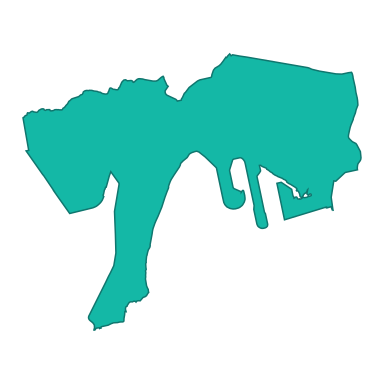 outline of Bayside (NSW), New South Wales, Australia
{"feature_id": "25037944B57870334231273", "entity_name": "Bayside (NSW)", "entity_type": "district", "adm_level": 2, "iso_a3": "AUS", "parent_name": "Australia", "parent_adm1": "New South Wales", "projection": "natural_earth1", "projection_center": [151.152, -33.963], "detail": "fine", "context": "isolated", "style": "filled", "palette": "teal", "viewbox_px": 384, "rotation_deg": 0, "n_neighbors": 0, "source": "geoboundaries", "source_scale": "gbopen_adm2", "svg_char_len": 5885}
<svg xmlns="http://www.w3.org/2000/svg" viewBox="0 0 384 384"><path d="M163.0,76.3L161.4,77.2L157.8,80.3L156.3,81.0L155.1,81.1L153.1,81.1L144.7,79.6L142.7,79.0L139.4,78.7L138.4,78.8L137.2,79.3L135.4,80.8L134.8,81.5L134.1,82.1L133.3,82.4L133.1,82.3L132.9,81.5L132.4,81.0L131.1,80.5L127.3,80.8L125.7,79.8L124.1,80.0L123.8,80.1L122.2,81.7L121.7,82.4L120.0,86.3L119.8,87.0L119.2,87.5L118.7,88.1L118.1,89.5L117.4,89.8L115.9,89.7L114.8,89.4L113.2,89.3L111.4,88.2L110.4,88.0L109.8,88.3L109.3,89.4L109.0,90.6L108.3,91.9L108.0,92.9L107.2,93.8L105.7,94.1L104.3,93.9L102.5,93.5L101.7,93.2L100.5,92.3L98.5,92.0L97.2,91.4L93.9,91.0L91.9,90.4L89.4,90.3L88.4,90.6L86.9,90.4L85.7,90.6L84.8,90.9L83.4,91.8L82.9,93.3L82.3,94.3L81.8,94.6L80.7,94.9L78.7,96.6L72.5,98.6L71.6,99.0L70.1,100.5L68.8,101.4L68.0,103.0L67.4,104.0L66.0,105.4L65.0,106.8L63.8,107.9L63.1,108.2L62.3,109.6L61.8,109.9L59.6,109.9L58.0,109.6L57.3,109.8L56.6,109.6L54.9,109.7L53.2,110.6L51.0,110.9L50.1,110.6L50.0,110.3L49.9,109.8L49.7,109.6L46.6,109.7L45.4,110.4L44.2,109.9L43.9,109.1L43.4,108.9L42.7,108.8L41.3,109.0L38.8,110.4L37.9,111.7L37.1,112.3L36.1,112.3L33.9,111.9L33.4,111.8L32.8,111.3L32.1,111.3L31.2,111.6L29.4,113.0L27.6,112.8L27.2,113.4L27.1,114.6L26.8,115.1L25.9,115.4L25.1,115.8L24.6,116.4L24.4,117.0L23.6,117.3L23.0,117.8L28.7,150.4L26.1,150.9L42.7,174.5L43.8,175.8L54.1,191.1L53.9,191.1L58.1,197.1L69.7,213.5L92.9,207.8L95.3,206.8L96.6,206.1L98.4,204.7L100.0,203.2L101.2,201.8L102.3,200.1L103.7,196.8L103.8,196.6L103.3,196.0L103.1,195.0L103.5,194.4L104.4,190.0L105.0,189.1L105.5,187.3L106.2,187.2L109.3,175.9L110.8,171.7L119.0,183.2L119.0,184.7L114.5,211.4L115.4,234.2L115.9,253.0L113.8,265.7L110.5,272.6L108.4,276.6L105.7,282.3L88.7,316.3L88.5,317.8L88.7,318.6L89.1,319.5L90.0,320.5L92.7,322.7L94.2,324.7L94.4,325.8L94.5,327.7L93.9,330.0L94.5,330.1L95.0,329.9L95.4,329.5L95.7,328.6L96.3,328.2L99.3,327.7L99.6,328.5L99.8,328.4L100.0,328.9L100.0,328.3L101.1,328.0L100.9,327.2L101.7,326.6L108.1,325.2L110.9,323.8L113.6,322.8L117.5,322.6L119.8,322.0L122.7,321.9L123.5,321.6L123.7,321.4L123.9,320.8L124.0,318.4L124.6,315.0L124.9,311.5L126.1,311.7L125.5,309.5L125.5,308.4L125.7,307.4L126.1,306.7L127.1,306.2L127.5,305.0L129.2,302.5L130.3,301.9L131.1,301.8L132.4,301.9L132.9,301.7L133.5,301.3L134.1,301.2L135.4,301.4L136.0,302.1L136.5,301.4L137.2,300.9L138.5,300.7L140.2,300.8L143.0,297.5L145.3,296.6L146.5,295.7L147.9,293.3L148.7,292.5L148.4,291.1L148.2,289.3L147.7,288.5L146.6,285.9L145.5,279.3L145.5,278.2L145.7,277.0L145.6,275.2L145.8,272.7L145.5,270.8L146.2,269.4L145.9,267.3L145.7,263.6L146.2,262.6L146.1,261.1L146.6,256.1L146.9,255.6L147.6,252.4L148.3,250.0L149.8,247.4L150.0,246.7L150.2,245.7L150.1,244.7L152.1,233.9L152.5,231.0L153.0,228.7L154.8,223.5L156.1,220.4L158.1,216.1L161.8,207.1L164.9,197.4L167.1,191.4L168.4,188.3L168.6,187.5L168.5,186.6L169.0,184.8L170.2,181.6L171.2,179.5L174.1,174.9L179.4,167.0L180.3,165.0L180.6,163.5L183.1,160.9L187.1,157.6L187.9,156.4L189.4,154.0L191.6,152.7L194.8,151.6L196.7,151.2L198.9,152.0L205.1,156.9L216.4,167.8L222.5,196.7L223.8,202.5L224.8,204.5L225.4,205.3L226.9,206.9L229.7,208.3L230.7,208.6L233.1,209.0L235.6,208.8L238.7,207.9L240.1,207.1L242.1,205.5L242.9,204.5L244.3,202.0L245.0,199.6L245.0,198.1L244.7,195.4L243.8,191.5L243.5,190.7L243.2,190.4L242.8,190.4L242.4,190.6L241.3,192.2L241.3,191.8L234.0,188.6L233.3,187.8L233.1,187.5L229.6,170.8L229.6,169.9L232.6,160.1L232.9,159.6L233.7,159.1L240.1,157.7L241.4,158.0L242.6,158.8L243.8,160.2L244.5,161.3L244.8,162.0L245.4,164.4L254.1,205.5L253.8,209.5L256.9,224.1L257.7,225.9L258.6,226.9L260.4,228.0L261.9,228.4L263.5,228.3L265.4,227.8L266.3,227.3L267.2,226.4L267.5,225.8L267.7,224.3L265.4,213.6L264.5,212.3L257.0,176.6L257.1,176.0L257.3,175.7L259.5,172.8L260.5,171.1L260.5,170.2L259.4,165.4L260.7,165.3L262.0,166.4L266.1,168.1L266.6,168.6L266.7,169.2L268.6,170.3L270.2,171.7L272.3,172.9L272.8,173.6L274.8,175.0L277.2,176.1L277.9,176.6L282.0,178.2L282.9,178.7L283.4,179.2L285.1,179.9L286.4,180.9L286.7,182.0L288.5,183.4L290.8,184.5L295.4,187.4L296.6,188.4L296.9,188.9L296.9,189.3L296.4,190.2L296.4,190.6L296.6,190.9L297.0,190.9L297.2,190.6L297.4,190.6L298.5,191.6L299.5,193.6L300.1,196.4L300.7,197.0L301.8,197.8L302.1,197.6L302.4,196.7L303.2,195.7L303.4,194.9L303.6,194.6L304.8,193.4L305.9,192.9L306.4,192.3L307.3,190.7L307.4,189.9L307.7,189.6L307.0,193.0L307.0,194.0L307.9,194.9L308.4,194.9L309.4,194.2L310.3,193.9L310.9,194.1L311.3,194.9L311.2,195.5L310.5,196.0L309.9,196.0L309.2,196.4L308.1,196.4L307.5,197.1L306.3,197.4L304.2,197.7L303.3,197.3L302.4,197.5L301.9,198.4L300.0,199.2L299.7,199.2L299.5,198.9L298.7,199.1L297.8,198.9L296.8,197.2L296.3,197.0L295.4,197.2L294.0,198.2L293.5,196.4L293.0,196.0L291.7,189.3L281.2,182.3L276.9,183.3L284.5,219.8L326.1,207.1L326.2,207.6L326.9,207.4L327.0,207.9L331.0,206.7L332.2,209.8L332.6,209.7L332.8,210.3L332.5,210.5L333.1,210.3L332.9,209.5L331.2,197.3L333.8,180.9L335.8,181.2L344.7,172.9L345.5,172.4L357.5,169.8L357.3,168.5L357.3,167.5L357.6,165.1L358.0,163.7L360.2,160.7L360.7,159.6L361.0,157.8L360.4,151.6L356.8,144.7L355.9,143.5L352.4,141.7L351.6,141.0L349.0,138.4L348.6,137.5L348.4,136.7L348.5,135.1L349.3,131.2L350.2,127.3L351.1,124.6L353.2,119.5L353.4,118.1L355.4,112.9L356.1,109.8L357.9,105.1L357.6,100.7L357.2,97.9L355.9,92.3L355.2,87.2L353.1,77.9L353.0,76.7L352.4,74.1L351.9,72.9L351.5,72.3L348.5,72.7L341.9,74.1L336.0,73.9L319.4,71.1L311.9,69.3L309.3,68.1L307.6,67.6L246.8,57.1L239.9,56.1L232.6,54.8L231.1,55.8L229.7,53.9L228.0,55.6L226.6,57.6L225.9,57.2L222.8,61.6L220.7,64.3L219.0,65.8L215.0,68.2L213.4,70.3L211.9,74.7L211.6,76.6L211.0,77.4L199.8,79.9L197.5,81.0L189.1,87.5L185.5,92.3L184.3,93.4L182.5,97.4L181.4,99.1L181.3,100.2L177.3,101.1L177.0,100.5L175.8,99.3L167.2,95.3L166.3,94.6L165.5,93.5L165.1,92.1L165.2,90.7L168.2,86.3L166.9,85.2L164.5,79.9L163.9,78.4L163.9,77.6L163.5,76.8L163.2,76.8L163.0,76.3Z" fill="#14b8a6" stroke="#0f766e" stroke-width="1.5"/></svg>